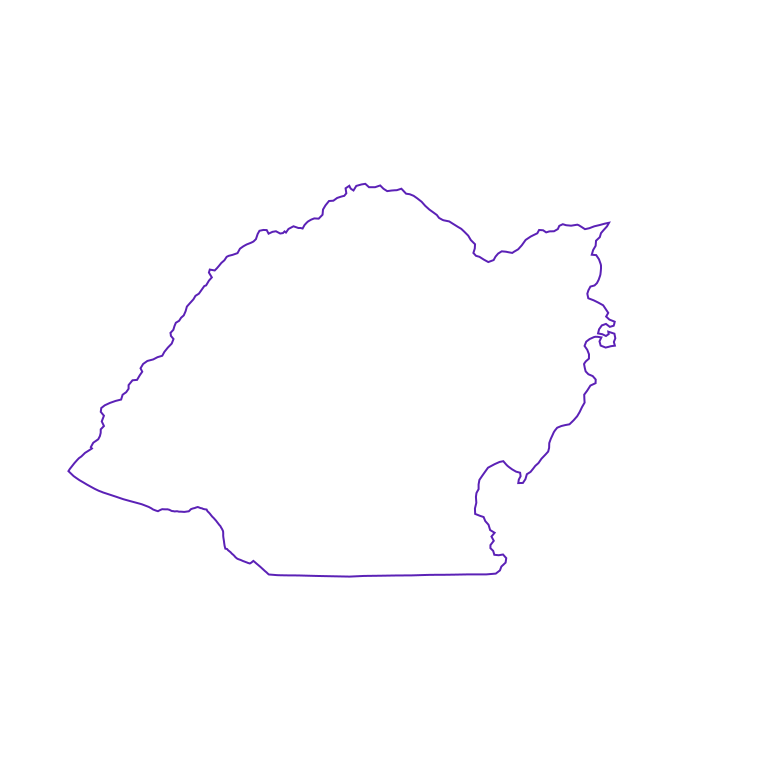 the district of Marakwet East, Rift Valley, Kenya, rotated 219°
{"feature_id": "3690345B26983318491135", "entity_name": "Marakwet East", "entity_type": "district", "adm_level": 2, "iso_a3": "KEN", "parent_name": "Kenya", "parent_adm1": "Rift Valley", "projection": "orthographic", "projection_center": [35.578, 1.135], "detail": "fine", "context": "isolated", "style": "outline", "palette": "violet", "viewbox_px": 768, "rotation_deg": 219, "n_neighbors": 0, "source": "geoboundaries", "source_scale": "gbopen_adm2", "svg_char_len": 5854}
<svg xmlns="http://www.w3.org/2000/svg" viewBox="0 0 768 768"><g transform="rotate(219 384 384)"><path d="M493.4,546.7L496.0,542.7L497.8,541.1L500.0,539.0L502.9,535.9L507.3,535.4L511.9,535.9L514.8,531.3L519.5,527.5L524.5,527.8L527.1,524.9L530.2,520.5L529.5,515.2L532.3,514.9L533.4,515.1L535.7,516.2L537.0,511.9L533.3,508.5L533.3,505.2L534.4,503.8L535.4,502.4L537.5,499.1L538.7,494.6L541.9,491.6L541.9,486.0L541.2,481.2L538.3,476.9L538.8,471.4L542.4,468.8L544.0,466.0L544.5,464.7L545.3,462.6L545.6,460.8L545.8,457.5L545.1,453.6L546.9,452.8L548.6,451.4L553.6,449.6L555.8,444.4L555.5,440.0L557.3,440.0L557.5,437.7L559.4,435.6L564.1,434.7L566.4,432.1L568.3,428.2L572.0,429.8L574.7,427.8L577.2,424.7L576.6,421.1L574.7,416.0L575.1,412.6L575.8,411.0L576.4,409.8L578.5,406.1L579.3,404.2L580.0,402.4L581.1,398.5L580.2,393.5L583.0,389.0L585.4,385.8L586.3,383.8L585.9,379.7L586.6,375.7L586.6,373.7L586.6,372.1L586.7,368.8L587.0,365.7L591.4,363.3L590.2,360.4L584.9,358.5L585.1,354.2L584.3,348.7L585.3,347.0L585.0,342.3L584.7,337.7L586.0,333.9L585.4,329.9L585.7,324.4L585.9,320.1L584.0,315.7L582.8,311.3L583.4,307.8L583.0,304.2L584.3,300.6L583.3,297.2L581.8,293.5L582.1,289.3L581.2,288.6L579.9,287.3L575.9,286.5L574.4,281.8L574.9,276.3L574.9,270.8L574.1,266.4L576.9,262.3L578.8,257.9L582.4,253.0L583.8,248.0L583.1,243.0L579.6,241.4L579.3,237.1L578.5,231.8L581.8,228.6L581.8,222.4L579.5,219.6L579.2,215.4L580.4,211.2L578.5,206.5L581.9,202.0L585.1,196.8L587.6,191.7L588.6,187.4L586.6,184.1L581.7,183.1L579.8,177.3L575.2,175.1L575.6,170.5L573.4,167.7L572.0,164.7L571.3,161.2L573.0,155.4L572.1,150.4L570.4,150.1L571.8,145.8L573.0,142.3L573.6,137.2L574.4,134.4L574.6,132.0L574.8,127.7L574.7,120.2L574.4,117.7L567.3,117.1L565.6,117.2L564.0,117.3L560.2,117.6L555.7,118.3L551.5,118.9L547.0,119.7L542.7,120.5L538.5,121.5L535.5,122.5L534.1,122.9L532.8,123.4L527.3,125.5L522.0,127.5L520.7,128.0L519.3,128.5L513.9,130.5L508.4,132.9L503.2,135.2L498.0,137.5L496.6,138.1L495.1,138.6L489.5,140.4L486.4,141.0L484.8,141.1L483.4,141.5L481.3,142.2L479.6,142.9L479.2,143.9L478.5,145.5L477.6,147.1L476.4,148.0L475.0,149.0L473.5,150.3L471.6,151.2L470.0,151.5L468.9,151.8L467.7,152.6L466.5,153.2L465.5,154.2L464.4,155.1L462.9,155.8L461.8,156.7L460.9,157.4L459.7,158.2L458.6,159.0L457.5,160.2L456.4,161.4L455.6,162.2L455.4,163.6L455.3,165.1L454.7,166.2L454.0,167.3L453.1,168.4L452.3,169.8L451.3,171.2L449.9,171.7L448.5,172.1L447.3,172.8L446.0,173.1L444.5,173.8L442.9,174.8L441.0,174.0L439.3,173.9L437.5,173.6L435.8,173.2L433.9,172.8L432.3,172.7L431.1,172.5L429.9,172.3L428.6,172.1L427.0,171.7L425.3,171.3L423.2,170.8L421.7,170.6L420.4,170.0L418.9,169.5L417.8,169.0L416.4,168.3L415.1,166.9L413.4,164.8L412.3,163.7L410.1,161.7L409.1,160.8L408.2,159.9L406.0,157.9L403.7,156.2L402.1,157.0L400.8,156.7L399.1,156.7L397.3,156.7L395.4,156.4L393.7,156.4L391.9,156.2L390.4,155.9L389.2,155.9L388.0,155.9L386.4,156.4L384.8,157.0L383.3,157.4L382.1,157.7L380.7,158.2L379.4,158.6L378.3,159.0L377.2,159.3L375.3,160.1L374.7,161.7L374.2,164.3L372.3,164.3L370.3,164.2L365.2,164.1L360.2,163.8L358.6,163.7L356.9,163.7L354.7,163.5L353.6,163.5L347.2,167.9L345.8,168.9L339.5,173.8L330.1,181.3L315.6,192.4L304.4,201.1L289.5,212.7L278.7,222.3L265.7,233.1L254.7,242.3L241.8,252.9L229.7,263.3L220.9,270.6L219.1,272.0L210.2,279.4L197.7,289.9L184.7,300.4L177.8,307.0L176.6,312.1L177.9,316.0L177.1,321.7L179.4,325.6L184.2,326.4L187.1,323.1L190.8,320.7L194.1,323.0L198.0,323.4L199.9,325.8L200.0,331.2L204.5,333.1L204.4,338.0L209.6,337.3L214.2,340.4L219.0,341.2L222.9,343.3L226.3,342.0L231.4,340.4L235.0,344.5L237.5,349.8L241.5,354.1L243.5,357.4L243.8,358.8L244.3,361.8L247.3,365.5L249.5,369.5L249.9,374.4L250.2,379.0L250.5,384.4L247.6,391.3L245.1,396.2L242.7,399.1L238.3,398.3L236.5,398.1L234.6,398.1L230.7,398.3L226.2,399.0L222.4,400.7L219.8,398.3L219.1,394.6L217.3,391.5L213.8,394.5L214.2,399.0L216.2,403.8L214.8,407.9L214.8,412.0L214.9,415.6L214.2,419.8L214.6,425.0L214.1,430.9L213.9,434.8L215.5,438.3L218.4,442.1L219.9,446.4L220.2,447.6L220.8,450.0L221.7,453.4L221.9,455.4L221.9,459.0L219.7,463.0L217.4,466.0L214.5,469.4L213.8,475.2L213.6,480.6L214.3,485.3L215.6,490.8L216.4,495.8L218.8,498.4L221.7,501.7L221.9,506.5L222.6,512.7L220.1,517.8L222.3,520.7L226.8,521.5L231.3,520.2L235.2,520.7L237.9,522.7L241.1,525.4L241.3,526.6L241.4,528.6L240.7,532.7L243.4,536.1L247.6,538.5L252.1,539.8L253.5,544.2L252.5,548.3L250.4,552.5L249.5,553.7L247.7,555.1L244.4,557.0L243.4,552.8L239.8,550.2L234.7,551.8L232.7,554.4L231.5,556.1L228.7,559.1L231.8,561.3L233.0,565.1L236.6,568.1L242.6,565.8L240.8,564.2L241.7,561.0L245.6,560.1L249.5,558.0L251.3,561.9L251.6,566.6L249.3,570.4L244.5,570.5L242.2,573.8L242.8,575.4L243.9,577.6L249.4,575.9L253.8,576.2L254.5,580.4L258.7,581.7L263.2,583.1L268.8,582.1L273.7,581.0L279.2,579.2L282.8,582.1L284.1,585.4L284.9,589.6L282.4,593.1L282.0,596.4L282.8,600.2L284.2,604.1L284.8,605.4L286.4,607.9L288.1,610.4L289.9,612.6L291.0,613.5L295.4,616.2L300.2,617.7L303.9,615.2L305.8,619.8L306.5,624.6L309.4,628.8L308.7,633.9L310.3,637.8L310.2,641.9L309.9,646.9L310.6,650.9L313.3,647.6L316.4,643.3L319.1,639.8L319.8,638.9L321.5,636.0L322.4,634.4L324.3,632.0L325.3,630.8L329.2,630.4L332.4,630.0L334.0,629.5L338.2,624.8L342.4,622.0L345.6,620.7L347.3,617.2L346.4,613.8L348.0,609.7L351.5,606.7L353.4,603.9L357.1,603.6L360.4,601.3L359.7,597.6L361.5,593.8L362.8,590.9L364.6,585.1L364.2,578.5L364.5,573.1L365.6,570.2L366.2,568.6L366.8,566.6L368.6,565.6L371.0,564.3L372.4,563.6L376.0,561.2L377.4,557.2L377.5,553.2L376.8,549.3L379.7,544.4L384.7,543.5L389.9,542.9L393.2,541.5L397.0,542.1L398.7,546.4L401.2,549.9L407.1,550.5L411.9,552.3L417.5,552.9L421.6,553.2L425.6,552.6L431.3,551.9L435.6,551.4L440.6,548.8L441.7,548.4L445.8,547.7L449.3,548.6L453.4,548.4L458.5,548.1L464.1,548.4L469.5,549.3L475.0,549.2L479.4,548.9L483.4,547.7L486.6,545.8L491.7,546.5L493.4,546.7Z" fill="none" stroke="#5b21b6" stroke-width="2"/></g></svg>